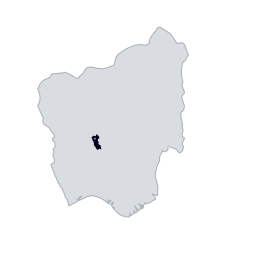 Katcha, Niger, Nigeria (highlighted), rotated 335°
{"feature_id": "59680162B69752440983216", "entity_name": "Katcha", "entity_type": "district", "adm_level": 2, "iso_a3": "NGA", "parent_name": "Nigeria", "parent_adm1": "Niger", "projection": "natural_earth1", "projection_center": [6.264, 9.093], "detail": "fine", "context": "in_parent", "style": "outline", "palette": "ink", "viewbox_px": 256, "rotation_deg": 335, "n_neighbors": 0, "source": "geoboundaries", "source_scale": "gbopen_adm2", "svg_char_len": 4851}
<svg xmlns="http://www.w3.org/2000/svg" viewBox="0 0 256 256"><g transform="rotate(335 128 128)"><path d="M199.5,49.9L206.2,60.4L207.7,68.3L208.3,72.2L209.4,72.6L211.4,72.8L212.9,73.6L213.8,74.9L214.4,76.1L214.5,76.8L214.1,81.5L213.6,83.2L213.9,85.6L213.8,86.6L213.6,87.2L212.7,88.0L211.5,88.8L208.5,91.0L207.6,91.4L206.4,91.4L205.3,92.0L204.0,93.2L201.2,97.7L198.9,102.2L197.2,109.5L195.1,111.8L194.7,113.9L194.4,118.4L194.1,119.8L193.8,120.2L191.5,121.1L190.2,122.1L189.4,124.2L188.5,131.2L188.1,132.4L187.4,133.6L186.2,134.9L185.2,135.7L182.6,136.1L180.2,141.4L180.2,142.4L179.1,147.2L177.2,150.8L177.1,153.1L174.7,156.3L173.5,158.5L174.8,160.7L174.9,161.1L170.8,164.9L170.5,165.5L170.4,168.2L170.0,168.9L169.3,169.9L168.2,170.9L167.1,171.8L165.8,172.3L164.6,172.5L163.9,172.2L163.5,171.4L162.8,168.2L162.5,167.5L161.7,166.8L158.5,163.3L156.6,162.0L156.2,162.1L155.9,162.4L155.3,164.2L154.8,164.9L153.8,165.1L152.1,165.1L150.8,164.9L150.5,164.5L149.9,163.1L146.0,166.4L144.6,167.1L142.9,171.0L140.4,172.9L138.7,174.5L134.2,179.8L133.2,181.3L132.3,183.6L130.4,193.5L127.3,199.6L126.8,200.9L126.7,200.9L126.2,201.4L125.0,201.1L124.5,199.9L123.7,199.8L122.4,198.1L122.1,198.4L123.5,202.6L123.0,204.3L119.2,204.3L115.8,204.9L113.6,204.8L112.4,204.2L111.9,202.6L111.7,202.8L111.6,203.6L110.9,204.3L108.3,204.4L107.2,203.3L106.3,202.1L105.3,201.6L105.5,202.1L106.6,203.3L106.4,205.0L104.4,207.0L103.1,207.1L102.3,206.2L101.8,204.8L101.6,202.8L101.1,201.4L100.8,201.4L101.2,203.7L101.2,205.7L102.2,207.4L100.7,207.9L98.8,207.9L98.6,207.3L98.4,206.0L98.1,205.6L97.7,207.9L94.0,208.5L93.5,208.4L93.4,208.0L93.6,207.4L93.6,206.4L92.8,207.2L92.6,208.7L92.2,209.0L90.7,208.8L89.2,207.9L86.7,206.0L83.6,202.7L83.1,201.3L82.3,199.5L80.7,194.6L80.9,194.4L81.7,194.7L82.0,194.2L80.7,193.9L80.5,193.5L80.4,192.4L80.4,191.1L82.4,190.4L82.8,189.6L83.1,188.8L80.7,190.0L78.5,188.6L78.0,187.8L78.2,187.2L80.8,187.1L81.7,186.5L81.2,186.3L80.2,186.3L79.8,185.9L79.8,184.9L79.5,185.1L79.1,186.0L77.6,186.6L76.7,186.0L76.6,184.5L76.4,183.9L75.7,183.3L73.1,179.5L69.8,176.3L66.8,174.1L62.4,173.0L53.1,173.0L52.6,172.7L53.1,172.2L53.9,171.9L56.9,170.1L56.4,169.8L53.3,171.0L52.3,171.1L50.9,173.2L41.7,173.7L41.7,172.7L42.2,169.9L42.7,167.9L42.1,165.5L42.0,163.4L42.3,162.7L42.5,161.9L42.4,156.4L42.9,155.6L42.9,155.0L42.0,152.7L42.0,150.9L41.8,149.1L41.5,148.3L41.9,141.6L41.7,139.9L42.0,138.7L42.2,135.8L42.2,133.0L42.8,128.5L46.7,127.9L47.7,126.1L48.2,123.9L48.1,121.7L49.3,119.8L50.9,118.1L50.8,116.2L51.3,115.6L52.0,115.2L53.0,114.9L54.2,114.0L54.9,112.4L55.5,109.7L54.5,107.9L54.5,107.5L54.9,106.5L55.5,105.5L56.0,105.2L57.1,105.5L57.5,105.1L58.2,102.2L58.2,101.4L57.1,99.5L56.6,94.2L56.3,93.5L55.4,92.6L53.3,88.9L53.3,87.1L54.2,84.9L54.8,83.8L55.7,83.2L55.8,82.7L55.6,82.0L55.2,81.6L55.1,80.6L55.5,79.2L55.4,77.6L55.6,69.7L57.4,68.2L60.0,65.6L61.3,62.9L62.0,60.8L62.9,54.0L64.3,53.3L66.9,50.8L70.4,49.4L72.7,48.9L76.7,49.2L78.7,49.0L80.4,47.6L81.2,47.2L82.3,47.0L92.3,50.6L93.2,50.4L94.0,50.6L95.2,51.6L98.2,54.9L101.3,59.9L102.2,61.0L103.2,61.6L104.2,61.8L104.9,61.8L105.6,61.3L106.6,60.3L108.1,59.9L109.3,60.0L115.5,56.1L116.1,56.0L119.9,56.8L125.2,60.8L129.4,63.3L132.4,64.2L136.0,64.8L141.9,65.0L146.5,59.5L148.1,58.3L150.1,57.2L154.3,56.2L161.3,55.5L167.9,55.8L171.9,56.7L176.2,58.5L178.1,60.2L181.0,60.5L183.1,60.2L183.8,58.5L185.8,56.3L189.0,54.2L191.5,52.7L193.6,52.1L195.5,50.4L196.9,49.9L199.5,49.9ZM108.6,206.6L107.2,207.1L106.2,207.0L107.5,204.8L108.1,205.2L109.0,205.4L108.6,206.6Z" fill="#d9dde1" stroke="#a8b0b8" stroke-width="1"/><path d="M92.7,133.8L92.9,133.8L93.2,133.7L93.5,133.7L94.0,133.9L94.2,134.1L94.3,133.5L94.4,133.4L94.5,133.2L94.3,132.9L94.2,132.9L94.5,132.3L94.6,132.2L94.1,131.6L93.9,131.8L93.5,131.8L93.4,131.8L93.6,131.5L93.4,131.1L93.6,131.0L93.6,130.7L93.7,130.4L93.5,130.0L93.5,129.9L93.5,129.7L93.4,129.5L93.5,128.8L93.3,128.8L93.2,128.8L93.3,128.5L93.3,128.0L93.9,128.5L94.2,128.5L94.4,128.4L94.3,128.0L93.9,127.6L93.9,127.1L93.8,126.8L93.5,126.6L93.6,126.3L94.2,126.3L94.1,125.8L94.4,125.3L94.7,125.3L94.8,125.5L95.0,125.4L95.1,125.2L95.4,124.3L95.8,124.2L96.1,124.3L96.5,124.2L96.7,124.3L96.8,124.3L96.8,124.2L97.0,123.9L96.9,123.7L97.0,123.5L96.9,123.2L97.0,123.0L96.9,122.8L96.8,122.6L96.7,122.4L96.7,122.2L96.6,121.9L96.0,122.4L95.6,123.0L95.4,123.1L94.5,122.6L94.3,122.4L94.0,122.1L93.8,122.1L93.1,121.4L92.7,121.6L91.9,121.8L91.9,122.0L92.1,122.7L92.0,123.0L92.0,123.6L92.0,124.0L91.7,124.2L91.6,124.4L91.6,124.9L91.7,125.1L92.9,125.4L92.6,126.0L92.2,126.2L92.0,126.4L91.9,126.8L91.7,127.0L91.7,127.4L91.7,127.5L91.5,128.0L91.3,128.4L91.2,128.5L91.1,128.8L91.0,129.0L91.0,129.4L91.2,129.5L91.1,129.8L91.3,129.9L91.3,130.1L91.3,130.5L91.5,130.5L91.5,130.8L91.3,131.3L91.6,131.9L91.5,132.6L91.5,133.5L91.7,133.9L91.8,134.0L92.1,134.0L92.3,133.9L92.6,133.8L92.7,133.8Z" fill="none" stroke="#020617" stroke-width="2"/></g></svg>